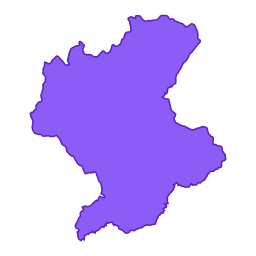 outline of Navakholo, Western, Kenya
{"feature_id": "3690345B67128862820985", "entity_name": "Navakholo", "entity_type": "district", "adm_level": 2, "iso_a3": "KEN", "parent_name": "Kenya", "parent_adm1": "Western", "projection": "natural_earth1", "projection_center": [34.674, 0.39], "detail": "fine", "context": "isolated", "style": "filled", "palette": "violet", "viewbox_px": 256, "rotation_deg": 0, "n_neighbors": 0, "source": "geoboundaries", "source_scale": "gbopen_adm2", "svg_char_len": 5738}
<svg xmlns="http://www.w3.org/2000/svg" viewBox="0 0 256 256"><path d="M42.1,91.5L42.3,92.6L41.2,94.0L41.0,95.2L41.3,97.6L42.0,99.9L42.0,100.8L41.6,101.6L39.1,101.9L38.0,102.6L37.4,103.8L36.1,105.3L35.9,106.3L36.2,109.0L33.9,110.7L33.2,112.1L31.3,112.4L30.2,113.7L30.8,115.0L30.8,116.1L32.5,119.7L32.9,121.1L32.9,123.8L32.2,126.2L32.2,127.5L32.7,129.8L33.5,131.4L34.7,133.3L38.6,134.4L40.8,134.5L41.5,134.8L42.4,135.8L43.5,136.2L48.3,135.8L49.2,135.9L50.0,136.5L52.8,136.5L55.0,136.0L56.0,135.4L57.2,136.0L58.9,138.1L60.8,141.3L61.5,143.4L62.2,144.4L63.2,145.3L65.2,146.0L65.7,146.7L66.5,148.9L66.6,150.9L67.2,151.8L68.8,153.6L70.9,155.5L71.7,156.0L73.4,156.4L74.0,157.0L74.8,159.0L77.6,163.5L78.5,164.5L79.4,165.1L81.6,166.0L82.5,166.9L83.2,169.3L84.5,172.1L84.9,173.1L85.5,173.8L89.2,172.6L91.1,173.0L91.5,172.2L93.2,172.7L93.9,171.9L95.3,172.1L95.9,172.7L96.5,173.7L96.8,175.3L98.3,179.1L98.7,180.6L99.7,182.0L100.6,182.7L101.7,186.8L101.6,188.1L102.1,189.1L101.8,190.9L101.1,193.8L103.9,195.4L104.6,196.3L104.4,197.6L103.0,197.5L99.7,196.4L98.9,197.7L98.2,199.8L97.5,200.6L96.8,200.2L94.7,201.4L94.2,202.4L92.5,203.6L91.8,204.7L90.0,205.9L88.8,206.4L87.4,206.6L84.8,206.1L83.9,206.6L82.9,206.6L82.3,207.2L82.8,208.4L83.6,209.4L83.5,210.4L81.7,211.1L80.5,212.6L80.2,213.6L80.4,216.3L78.8,217.9L77.7,221.0L75.5,224.9L75.3,226.1L75.6,227.2L76.3,228.3L77.9,228.7L78.6,229.5L78.9,230.3L78.7,231.2L77.3,232.0L77.3,233.0L77.8,234.1L78.1,237.2L78.4,238.4L79.1,239.3L80.4,240.3L81.4,240.6L81.7,239.7L82.3,239.2L83.4,238.8L84.0,239.7L84.7,235.9L87.2,234.1L88.3,234.4L89.0,233.6L92.5,231.5L93.0,232.7L94.2,232.2L95.2,232.9L95.4,231.3L97.2,230.8L99.5,229.3L100.2,228.2L101.1,227.6L101.8,226.5L102.7,226.7L103.6,227.4L104.4,226.8L104.9,225.9L105.3,224.7L106.2,225.3L106.0,224.2L106.3,223.2L107.4,223.3L108.6,223.2L109.6,222.5L112.3,222.4L113.0,223.1L113.1,224.4L114.1,225.5L115.1,224.7L115.9,224.8L116.5,225.6L117.4,225.7L118.7,227.2L118.8,228.4L119.6,229.1L121.3,229.8L122.2,229.8L125.0,232.8L126.9,233.3L127.7,232.7L128.9,232.6L130.4,230.3L134.4,230.7L136.5,229.2L137.7,228.9L140.6,227.6L141.6,227.9L145.1,225.3L148.5,224.9L149.6,225.4L151.5,224.7L154.8,224.2L155.5,223.8L155.9,221.7L156.4,220.9L156.5,219.7L157.1,218.6L158.0,217.7L158.1,216.6L158.8,215.5L160.3,214.7L160.8,213.4L161.7,212.9L162.7,213.2L163.5,212.5L163.7,210.9L164.5,210.5L163.1,209.1L165.0,207.6L166.1,207.6L166.5,206.4L166.4,205.4L165.7,205.5L164.6,204.0L165.7,204.3L167.1,203.4L168.0,203.6L168.0,202.6L167.2,202.0L167.2,200.7L167.4,199.3L167.3,197.0L169.6,193.9L170.3,192.3L171.2,192.4L172.0,191.2L173.6,189.5L173.6,188.3L174.7,186.4L173.7,184.7L174.8,184.5L176.3,182.9L177.7,183.8L177.9,185.1L178.9,185.4L180.0,185.0L181.1,186.0L182.0,186.1L184.8,187.0L186.4,187.2L187.5,186.9L188.3,187.1L189.2,186.9L190.3,184.6L191.1,183.6L191.8,184.7L192.5,185.2L193.3,184.6L194.1,185.1L195.0,184.7L196.4,184.9L198.0,182.9L200.6,182.9L201.1,182.0L203.6,180.1L204.4,180.2L204.7,179.1L205.7,178.3L205.8,177.3L206.8,176.6L207.4,175.1L207.6,173.8L208.7,173.8L209.3,172.6L210.8,171.2L211.8,171.4L213.8,171.1L215.7,169.1L217.0,169.2L217.9,168.9L218.1,167.9L220.8,167.3L221.5,166.1L221.5,163.3L222.2,161.3L223.2,160.7L224.0,160.9L225.8,159.1L225.3,157.1L225.1,154.7L222.6,151.2L222.1,149.2L222.1,147.8L221.4,146.6L220.5,146.1L217.6,145.8L215.7,144.5L213.3,144.5L213.0,142.4L213.3,139.3L213.2,137.8L212.3,136.7L211.3,136.5L210.6,136.0L209.8,134.9L208.9,134.2L207.8,131.4L207.3,128.9L207.0,128.1L206.1,127.3L202.6,126.5L198.8,128.1L197.8,128.0L196.8,128.5L195.8,128.7L193.3,130.0L192.3,129.6L191.3,129.7L184.3,126.2L181.2,125.5L180.3,124.9L179.4,124.7L177.9,123.4L176.0,122.9L173.8,119.1L175.0,116.5L175.7,113.9L171.4,110.6L168.7,99.3L164.6,98.5L162.4,97.2L164.0,96.0L164.9,94.4L165.3,93.0L166.1,93.8L167.0,93.0L167.6,90.3L167.7,88.2L168.6,88.0L170.1,86.4L170.6,87.1L171.6,87.0L172.2,86.1L174.1,83.8L175.0,83.8L175.7,83.2L175.9,80.4L175.7,78.3L176.4,74.6L177.7,73.4L178.6,71.7L178.9,70.6L180.6,68.8L182.8,64.0L183.8,62.9L184.2,61.9L185.1,61.8L186.4,60.3L188.2,57.5L189.8,53.8L190.6,53.3L191.5,52.6L198.1,44.1L199.0,43.4L199.9,42.3L200.3,41.3L200.1,40.3L199.4,39.6L198.6,39.4L197.9,38.7L197.6,37.6L198.0,35.1L197.0,30.4L196.1,28.9L195.0,25.8L194.3,24.9L191.9,23.7L191.1,24.0L189.3,25.4L186.3,27.1L182.6,23.8L181.2,23.2L180.0,23.3L178.2,22.0L177.4,21.9L175.2,21.1L174.3,20.4L173.7,19.3L172.1,18.8L170.1,19.2L169.2,18.5L167.6,16.1L165.0,15.4L164.2,15.6L161.5,15.5L160.3,16.1L159.6,17.4L157.1,19.7L156.1,20.0L155.1,20.0L153.9,20.3L152.9,20.2L152.0,20.6L150.5,20.8L148.4,20.5L147.1,21.1L145.6,21.2L143.8,20.6L141.3,18.1L140.8,17.4L140.7,16.4L139.6,15.9L136.1,15.7L135.5,16.5L135.4,18.1L134.2,17.9L131.6,16.9L130.7,16.9L128.4,17.9L128.1,19.1L128.5,20.2L129.2,20.8L129.6,21.7L130.8,27.3L131.0,29.8L130.8,31.0L130.1,31.8L126.9,32.2L125.9,32.9L124.5,35.0L124.0,37.7L123.4,38.5L121.6,39.8L121.2,42.3L120.4,43.7L118.8,45.3L116.9,46.3L115.8,46.3L114.8,45.7L113.8,44.8L113.0,44.7L112.1,45.3L111.3,48.6L110.3,51.0L109.5,52.0L108.8,52.5L106.8,53.4L105.5,52.9L104.7,51.8L103.8,51.2L102.7,50.9L98.1,55.9L97.4,56.6L96.4,56.8L94.2,56.7L93.0,56.3L91.2,54.9L89.8,54.6L88.6,54.6L87.7,54.8L84.7,54.2L84.0,53.1L82.9,50.4L82.8,49.2L84.1,46.3L84.2,45.1L82.9,44.1L80.9,41.8L79.8,41.5L79.2,42.0L79.0,43.0L79.6,44.1L79.7,45.4L76.1,46.0L74.0,46.9L72.0,48.0L70.9,49.0L69.3,52.8L67.7,59.8L67.7,60.8L68.0,61.9L68.6,63.0L69.5,63.7L69.3,64.7L68.3,65.0L67.2,64.8L66.3,65.3L65.4,65.0L62.5,61.1L60.1,58.8L58.6,56.9L57.7,56.2L56.7,56.1L56.0,56.6L54.6,58.2L51.8,60.7L51.6,62.0L50.9,62.9L48.0,64.0L47.4,63.2L46.6,62.6L44.7,62.3L44.3,66.6L43.0,69.4L43.3,71.9L42.8,73.0L43.6,74.5L45.1,75.9L45.5,76.7L45.4,80.4L45.2,81.8L43.1,84.2L42.8,85.1L43.0,87.0L42.9,89.5L42.6,90.6L42.1,91.5Z" fill="#8b5cf6" stroke="#5b21b6" stroke-width="1.5"/></svg>